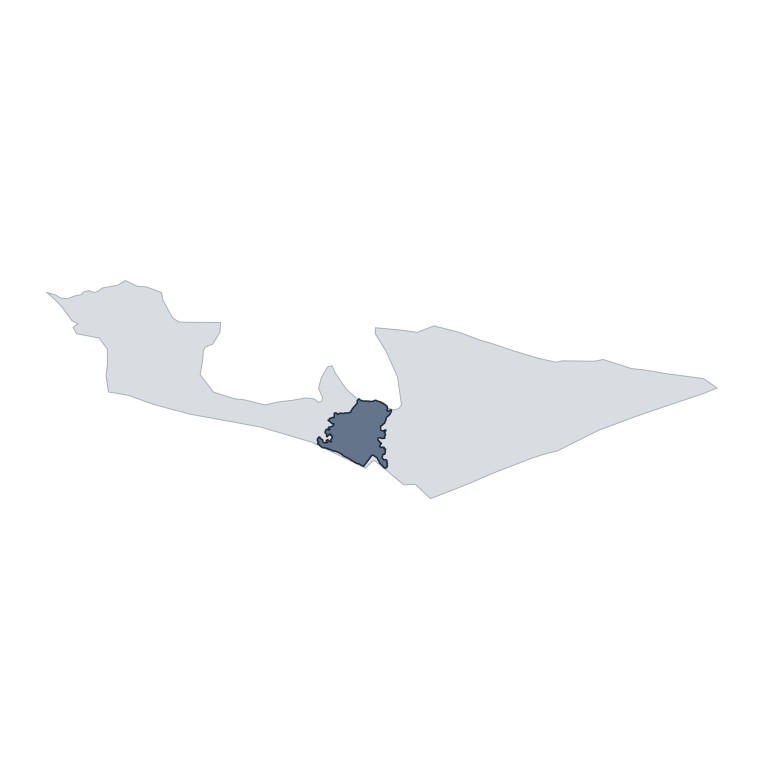 Ashqelon, HaDarom, Israel shown in context, rotated 267°
{"feature_id": "584046B11408100439208", "entity_name": "Ashqelon", "entity_type": "district", "adm_level": 2, "iso_a3": "ISR", "parent_name": "Israel", "parent_adm1": "HaDarom", "projection": "orthographic", "projection_center": [34.744, 31.637], "detail": "fine", "context": "in_parent", "style": "filled", "palette": "slate", "viewbox_px": 768, "rotation_deg": 267, "n_neighbors": 0, "source": "geoboundaries", "source_scale": "gbopen_adm2", "svg_char_len": 7429}
<svg xmlns="http://www.w3.org/2000/svg" viewBox="0 0 768 768"><g transform="rotate(267 384 384)"><path d="M493.3,51.7L490.0,60.8L486.7,65.6L485.7,72.8L487.9,78.7L489.2,86.7L491.8,88.9L492.7,94.2L490.5,99.4L491.6,103.6L494.5,107.5L496.7,123.5L500.9,131.1L494.5,142.7L493.3,152.1L487.0,166.5L479.5,167.6L462.1,175.7L459.7,178.0L456.7,182.6L456.2,186.2L454.0,224.0L444.4,223.0L432.7,214.9L430.4,207.7L426.9,205.3L418.6,204.4L402.9,200.9L384.7,213.4L377.0,234.1L375.5,243.7L369.3,264.0L371.5,276.4L372.6,292.5L374.2,305.7L372.6,313.6L369.1,317.8L370.1,320.9L373.3,322.0L383.3,318.4L393.9,321.9L404.1,328.7L404.9,333.1L397.7,335.8L380.7,346.1L368.8,358.1L365.6,369.2L357.6,392.8L358.7,397.6L362.6,400.4L390.4,397.9L415.7,388.2L434.6,378.0L440.6,378.6L436.8,404.5L433.7,420.5L435.0,423.2L439.4,437.0L431.4,462.4L422.4,483.0L419.2,492.8L410.5,514.6L401.5,539.8L396.7,557.2L397.8,563.3L395.7,595.2L397.0,604.2L386.4,631.9L384.3,645.5L380.0,664.0L372.7,703.2L362.6,716.3L357.5,701.7L345.9,659.9L337.7,631.2L326.6,596.0L307.9,553.0L306.2,542.7L302.2,527.7L289.4,488.6L279.0,460.4L267.1,424.4L282.0,410.2L282.4,398.4L307.7,371.0L307.4,368.3L300.7,361.0L301.7,359.8L329.7,308.7L347.6,258.0L364.3,187.6L376.1,151.7L386.1,128.0L390.5,108.4L406.7,106.9L418.8,108.9L433.3,109.5L444.8,102.1L450.2,79.9L456.8,76.4L460.1,81.5L463.5,75.7L478.5,65.9L485.9,59.5L493.3,51.7Z" fill="#d9dde1" stroke="#a8b0b8" stroke-width="1"/><path d="M361.6,385.9L361.9,385.7L362.0,385.2L362.4,385.0L362.7,384.8L362.8,384.6L363.0,384.3L363.4,384.1L363.5,383.6L363.7,383.1L364.2,382.9L364.6,382.2L364.9,382.1L365.0,381.8L364.9,381.1L365.3,380.6L365.7,380.6L365.8,380.0L366.4,379.5L366.7,378.1L366.8,377.9L367.0,377.7L367.2,377.3L367.3,376.3L367.5,375.8L367.9,375.5L368.1,375.3L368.1,374.5L368.1,373.9L368.0,373.3L367.5,372.9L367.3,372.3L367.3,371.8L367.3,370.5L367.2,369.8L367.3,369.1L367.7,368.3L367.7,368.0L367.4,367.6L367.5,367.1L367.6,366.8L367.8,366.3L367.9,365.8L368.0,365.3L368.0,364.5L368.0,363.9L368.0,363.2L367.9,362.8L368.0,362.2L368.2,361.8L368.5,361.6L368.7,361.4L368.7,360.8L368.7,360.2L368.8,359.8L368.9,359.6L369.3,359.4L369.5,359.1L369.7,358.9L370.1,358.8L370.4,358.1L370.1,357.9L369.8,357.6L369.6,357.2L369.2,356.8L368.7,356.4L367.9,356.3L366.9,356.3L366.0,356.0L365.6,355.7L365.1,355.0L364.6,354.6L364.2,354.4L363.7,354.0L363.5,353.5L362.9,352.9L361.9,352.1L361.5,351.8L361.3,351.3L360.8,351.2L360.6,351.0L360.1,350.6L359.7,350.4L359.4,350.3L359.2,349.9L358.8,349.8L358.1,349.7L357.7,349.4L357.4,349.0L357.3,348.7L357.5,348.0L357.1,347.4L356.9,346.9L357.0,344.7L357.2,343.4L356.6,342.4L356.7,341.5L357.1,339.6L357.1,339.1L357.1,338.4L357.0,337.6L356.7,337.2L356.3,337.0L356.0,336.6L356.0,336.1L356.3,335.7L356.6,335.6L357.1,335.3L357.6,334.8L357.7,334.3L357.7,333.4L357.2,332.8L355.1,332.7L354.0,332.6L353.6,332.5L353.1,332.4L352.9,332.1L353.3,331.2L353.3,330.8L353.2,330.4L352.7,329.7L352.6,329.0L352.6,328.3L352.4,327.8L351.8,327.6L351.1,327.4L350.9,327.1L350.9,326.8L350.9,326.4L350.7,326.3L350.3,326.6L349.8,327.2L349.3,328.0L348.8,328.5L347.8,329.3L347.3,330.1L347.0,330.3L346.9,330.7L347.0,331.3L346.8,331.8L346.5,331.7L345.9,331.3L345.4,331.4L344.9,331.0L344.7,330.8L344.5,330.2L344.5,329.6L344.3,329.2L343.9,328.8L343.9,327.9L343.9,326.8L343.6,326.5L343.3,326.3L342.9,326.2L342.6,326.0L342.2,325.8L341.9,326.0L341.8,326.5L341.8,327.0L341.6,327.3L341.5,327.0L341.0,326.9L340.9,326.7L340.9,326.4L341.0,326.1L341.3,325.7L341.5,325.5L341.7,325.1L341.6,324.0L341.3,323.7L341.0,323.4L340.5,323.3L340.1,323.2L339.8,323.0L339.4,322.7L338.8,322.6L338.4,322.6L338.0,322.8L337.8,323.4L337.2,323.7L337.0,324.0L336.6,324.1L335.4,324.1L335.2,323.9L334.9,323.9L334.4,324.1L334.3,324.4L334.5,324.8L335.4,325.3L335.7,325.7L335.8,326.1L336.2,326.2L336.5,326.7L336.8,326.9L336.9,327.5L336.5,328.1L336.2,328.4L335.8,328.0L335.6,328.0L335.4,328.5L335.1,328.9L334.7,329.0L334.4,329.3L334.0,329.7L333.4,329.7L332.8,329.1L332.3,329.1L332.1,328.9L332.0,328.5L331.6,328.4L331.2,328.1L330.9,327.8L330.6,327.8L329.9,327.8L329.7,328.1L329.3,328.4L328.9,327.8L329.2,327.3L329.3,327.0L329.7,326.4L330.3,325.9L330.9,325.4L331.2,325.1L331.3,324.5L331.1,324.2L330.7,323.9L330.6,323.5L330.3,323.3L329.8,323.3L329.3,323.4L329.1,323.8L329.0,324.4L328.9,324.5L328.5,324.5L328.4,323.8L328.4,323.2L328.5,321.7L328.4,321.0L328.8,320.5L329.3,320.4L329.7,320.0L330.2,319.8L330.7,319.9L331.7,319.7L332.0,318.3L332.6,318.2L333.0,317.9L333.1,317.6L334.0,317.3L334.4,316.8L334.4,316.3L334.2,315.8L334.0,315.6L333.3,315.6L333.0,315.4L332.8,314.9L332.6,314.7L331.6,314.5L331.0,314.5L330.4,314.9L329.9,315.5L329.6,315.7L329.1,315.4L328.9,315.1L328.3,314.6L327.9,314.6L327.6,314.6L327.0,316.2L326.2,316.5L324.9,317.6L324.1,318.7L323.5,319.7L323.3,321.9L322.5,324.2L322.0,324.8L321.8,325.8L321.3,326.7L320.9,327.8L320.4,328.5L320.2,329.2L319.7,330.0L319.6,331.1L319.3,332.1L318.9,333.2L318.3,334.5L317.7,335.5L317.0,336.7L316.2,337.7L315.9,338.5L315.2,338.8L314.7,339.3L313.8,340.7L313.0,342.1L311.6,344.8L309.6,347.4L308.1,349.7L307.2,350.9L306.0,352.8L305.6,354.8L304.9,355.8L303.5,357.8L303.1,358.9L302.9,359.4L306.7,362.6L312.9,367.7L313.5,368.1L313.4,369.2L313.3,369.8L312.8,370.2L312.6,370.8L312.3,370.9L311.8,371.7L310.5,373.4L309.8,373.6L308.6,374.0L307.9,374.6L307.1,375.0L306.2,375.2L305.6,375.3L305.0,375.9L303.7,377.0L303.0,377.7L302.3,378.4L300.9,379.2L299.8,380.8L300.0,381.2L300.5,382.5L301.4,382.7L301.8,382.9L302.4,383.2L303.3,382.8L303.9,382.9L304.3,383.2L304.7,383.2L305.4,382.7L306.0,382.7L306.4,383.0L306.9,383.1L307.2,382.9L307.8,382.5L308.4,382.0L308.4,381.3L308.2,380.6L308.3,380.1L308.6,379.7L309.0,379.6L309.2,379.1L309.7,378.7L310.7,378.2L311.4,378.3L311.9,378.7L312.3,378.9L312.9,379.0L313.5,379.0L313.8,379.5L313.9,380.4L313.8,380.9L314.2,381.3L314.7,381.4L315.5,381.6L316.3,381.9L316.9,381.6L317.5,381.6L317.9,381.8L318.4,382.1L318.9,382.1L319.0,381.5L319.0,381.1L319.1,380.7L319.5,380.6L320.2,381.0L320.5,381.0L320.9,380.1L321.0,379.0L320.9,378.4L320.8,377.6L321.3,377.4L321.4,377.1L321.6,376.5L322.0,376.3L322.6,376.6L322.8,376.7L323.3,377.0L323.7,377.4L324.1,377.6L324.3,378.0L324.5,378.2L325.2,378.2L325.3,377.1L325.5,377.0L326.1,376.9L326.5,376.8L326.9,376.2L327.4,376.1L327.6,375.6L327.8,375.4L328.8,375.1L330.1,375.2L330.4,375.4L330.5,375.8L330.6,376.9L330.5,377.5L330.2,377.9L329.9,378.1L329.8,378.7L329.7,379.8L329.7,381.2L329.9,381.9L330.2,382.0L330.6,382.1L331.1,381.6L331.4,381.6L332.3,382.3L332.6,382.6L332.8,382.7L333.5,382.8L334.8,382.7L335.1,382.0L336.0,382.0L336.6,382.3L336.9,382.9L337.3,383.5L337.7,383.5L337.8,383.4L337.9,383.1L338.0,382.5L337.8,381.8L337.6,381.3L337.1,380.6L337.0,380.2L337.0,379.9L337.2,379.6L338.1,378.6L338.6,378.3L339.8,378.3L342.0,378.3L342.3,378.7L342.4,379.3L342.6,379.7L342.9,379.9L343.1,380.1L343.1,380.4L343.5,380.6L343.8,380.8L343.9,381.1L344.2,381.2L344.4,381.6L344.6,382.1L344.7,382.4L345.6,382.7L346.2,383.2L346.5,383.3L347.2,383.5L347.5,383.8L347.9,384.1L348.6,384.1L349.4,384.2L349.8,384.4L350.1,384.7L350.6,384.9L351.1,385.2L351.3,385.7L351.5,385.8L351.8,386.2L351.9,386.6L352.1,386.8L352.3,386.9L352.6,387.3L352.7,387.6L353.1,387.8L353.4,388.1L353.7,388.6L354.6,388.7L355.0,389.2L355.7,389.4L355.9,389.6L356.2,389.9L356.7,390.0L357.6,390.0L357.7,389.8L357.8,389.3L357.8,388.8L357.4,388.3L357.0,387.9L356.8,386.9L356.7,386.5L356.7,386.0L357.0,385.6L357.6,385.6L358.1,385.6L358.3,386.0L358.8,386.2L359.9,386.3L360.4,386.0L361.1,385.9L361.6,385.9Z" fill="#64748b" stroke="#1e293b" stroke-width="1.5"/></g></svg>